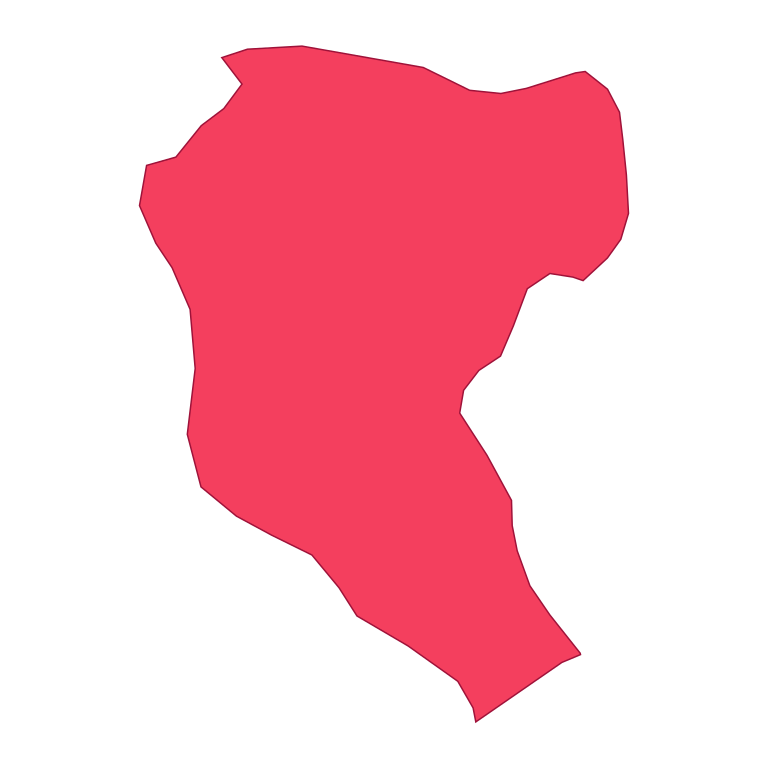 outline of Manatuto
{"feature_id": "TLS-550", "entity_name": "Manatuto", "entity_type": "District", "adm_level": 1, "iso_a3": "TLS", "parent_name": "East Timor", "parent_adm1": "", "projection": "albers", "projection_center": [126.0, -8.769], "detail": "fine", "context": "isolated", "style": "filled", "palette": "rose", "viewbox_px": 768, "rotation_deg": 0, "n_neighbors": 0, "source": "natural_earth", "source_scale": "10m", "svg_char_len": 805}
<svg xmlns="http://www.w3.org/2000/svg" viewBox="0 0 768 768"><path d="M580.5,654.6L561.9,662.4L475.8,721.9L473.1,707.9L457.8,681.3L408.0,645.9L357.0,616.0L339.0,587.7L311.9,555.0L271.9,535.3L236.5,516.2L201.0,486.9L187.3,434.3L195.2,368.5L194.9,365.2L190.1,309.4L172.1,267.7L155.8,243.2L139.5,205.6L146.6,165.4L175.9,157.1L201.3,125.6L223.8,108.6L242.0,84.1L221.8,57.6L247.4,49.2L302.0,46.1L423.3,67.5L469.7,90.3L500.9,93.5L526.3,88.4L575.5,72.9L585.2,71.5L607.5,89.2L619.5,112.2L622.8,139.6L626.4,175.0L628.5,213.4L620.8,239.3L607.4,258.0L583.1,280.6L572.9,277.1L549.9,273.5L527.3,288.7L513.4,325.8L500.5,356.1L478.9,370.4L463.6,390.3L459.7,413.1L487.0,455.3L511.5,500.4L512.2,525.6L517.2,550.8L529.9,585.8L549.8,614.9L580.2,653.2L580.5,654.6Z" fill="#f43f5e" stroke="#9f1239" stroke-width="1.5"/></svg>